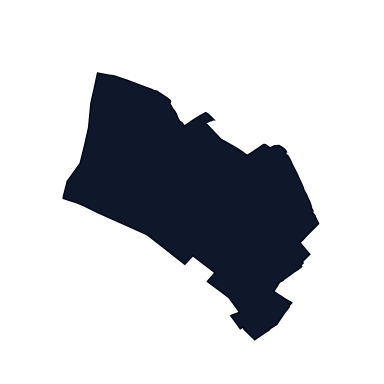 Ghidici, Dolj, Romania, rotated 124°
{"feature_id": "2599482B59241638748717", "entity_name": "Ghidici", "entity_type": "district", "adm_level": 2, "iso_a3": "ROU", "parent_name": "Romania", "parent_adm1": "Dolj", "projection": "orthographic", "projection_center": [23.199, 43.873], "detail": "fine", "context": "isolated", "style": "filled", "palette": "ink", "viewbox_px": 384, "rotation_deg": 124, "n_neighbors": 0, "source": "geoboundaries", "source_scale": "gbopen_adm2", "svg_char_len": 3437}
<svg xmlns="http://www.w3.org/2000/svg" viewBox="0 0 384 384"><g transform="rotate(124 192 192)"><path d="M147.2,69.6L146.4,71.2L145.0,73.5L143.8,75.7L143.1,76.5L142.8,77.2L142.5,77.7L142.2,78.6L142.2,79.1L142.0,79.6L141.9,79.9L141.8,80.4L141.8,80.6L141.7,80.8L141.0,80.9L140.7,80.9L140.3,81.0L140.1,81.2L139.9,81.4L139.7,81.7L139.5,81.9L139.3,82.2L139.1,82.5L139.1,83.1L139.1,83.4L138.7,83.9L138.4,84.1L138.1,84.4L137.7,84.6L137.3,85.2L136.8,85.7L136.4,86.1L133.9,89.6L132.4,92.3L131.3,94.0L130.7,94.7L130.3,95.4L128.6,98.8L127.7,100.5L127.3,101.1L126.6,101.7L126.1,102.3L125.5,103.3L124.7,104.6L124.0,105.6L122.9,107.4L121.8,109.2L120.1,112.1L119.1,113.6L118.3,115.0L117.2,116.9L117.0,117.2L116.7,117.8L115.8,119.4L114.7,121.4L113.7,123.2L113.0,124.5L111.6,126.7L110.5,128.5L110.1,129.2L109.7,129.9L109.4,130.8L108.8,131.9L108.6,132.4L108.4,132.8L108.3,133.4L108.4,133.9L108.5,134.3L108.3,134.8L107.9,135.6L107.5,136.5L107.3,136.6L106.6,136.4L106.0,136.0L105.9,136.1L105.4,137.1L105.1,137.9L104.8,139.1L104.6,140.3L104.6,142.0L104.7,143.8L104.7,145.3L104.9,146.0L105.1,146.3L105.9,147.2L106.9,148.3L107.3,148.8L107.5,149.3L107.8,149.6L108.4,150.0L110.3,151.0L111.2,151.6L111.7,152.0L111.7,152.7L111.7,153.6L111.7,154.2L111.7,154.7L111.8,155.1L111.8,155.5L111.7,156.4L111.7,157.5L111.9,157.8L112.0,158.2L112.2,158.7L112.5,159.0L113.0,159.4L113.5,159.6L114.5,159.9L116.3,160.7L117.8,161.2L121.1,162.6L125.2,164.2L130.8,166.7L130.6,174.7L130.7,180.4L132.1,197.6L130.4,205.1L128.9,211.8L128.1,215.4L127.6,218.3L127.4,219.7L126.0,218.7L124.2,217.5L122.6,216.5L121.7,215.6L120.8,215.2L120.2,214.6L119.9,214.2L119.8,215.0L119.2,217.3L118.9,219.5L118.6,220.8L118.4,223.6L118.6,224.8L118.7,225.2L121.8,226.5L123.1,227.3L124.2,227.9L128.5,229.9L130.0,230.5L134.0,232.2L137.2,233.4L141.8,235.3L141.2,236.6L140.2,238.9L140.3,240.3L140.2,241.9L139.1,244.1L138.3,245.6L137.1,247.2L136.1,248.5L135.4,250.1L134.7,251.5L133.5,255.1L131.5,259.0L130.7,260.2L130.3,260.3L129.4,260.3L128.5,260.8L128.2,262.0L128.0,264.0L128.0,266.3L128.0,270.7L128.0,273.2L128.2,275.0L127.9,276.5L128.1,277.3L128.2,278.0L129.2,280.2L129.6,283.2L130.8,287.7L135.1,306.0L138.5,318.6L139.4,321.7L140.6,324.3L141.4,325.6L146.2,336.8L149.7,335.4L156.6,332.6L174.7,325.5L189.3,317.6L196.0,313.9L214.1,306.8L230.9,300.7L252.8,301.4L267.6,296.1L269.3,295.1L265.4,281.7L263.8,273.8L261.8,258.8L259.7,246.8L252.7,206.7L252.6,203.9L255.2,167.5L255.9,157.5L244.3,155.7L246.0,127.8L256.6,129.1L257.6,129.2L258.3,113.3L258.9,102.3L259.1,101.7L262.5,92.3L263.8,88.8L265.0,85.2L265.3,85.4L266.0,85.9L270.0,88.8L271.6,90.0L272.9,90.6L274.1,87.2L276.8,79.6L278.0,76.6L278.4,75.5L277.3,75.0L276.0,74.4L276.0,74.2L275.9,74.0L275.6,73.7L275.5,73.2L275.6,72.9L275.9,72.8L276.6,72.5L278.6,61.9L279.4,57.3L278.1,56.9L270.9,54.1L263.0,50.8L262.9,51.3L262.5,51.2L255.1,48.0L254.3,47.7L252.0,47.7L240.6,47.7L233.8,47.2L233.2,47.2L232.8,47.3L232.4,47.5L231.9,47.7L231.4,47.8L228.1,47.3L228.1,49.1L228.3,50.2L228.6,55.2L228.6,60.5L228.8,62.7L228.7,68.6L220.5,68.9L217.7,69.0L216.4,68.3L215.1,67.5L214.5,67.2L214.1,67.0L213.9,67.0L213.6,67.0L213.2,67.0L212.5,66.8L202.5,63.1L201.9,62.9L200.9,62.6L199.5,61.9L196.2,60.5L194.6,60.0L193.7,59.7L192.5,59.4L192.0,60.9L191.9,60.9L191.2,60.8L189.1,60.2L188.7,60.2L188.5,61.6L185.2,61.0L182.7,60.5L178.6,59.7L177.8,59.5L175.0,69.7L173.5,74.3L170.5,73.5L166.5,72.9L164.4,72.6L147.7,69.4L147.2,69.6Z" fill="#0f172a" stroke="#020617" stroke-width="1.5"/></g></svg>